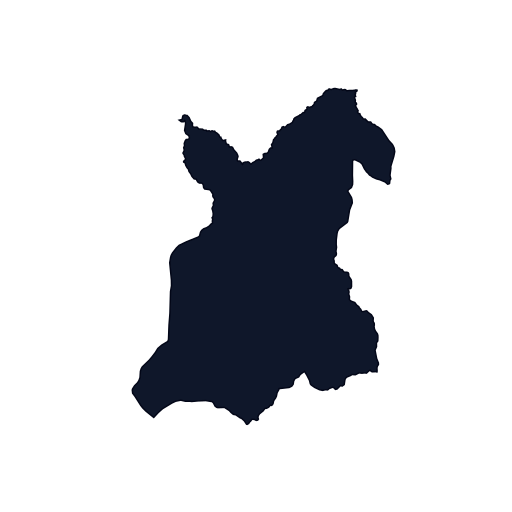 outline of Bobonaro, Bobonaro, East Timor, rotated 333°
{"feature_id": "22284137B12808122576881", "entity_name": "Bobonaro", "entity_type": "district", "adm_level": 2, "iso_a3": "TLS", "parent_name": "East Timor", "parent_adm1": "Bobonaro", "projection": "robinson", "projection_center": [125.346, -9.042], "detail": "fine", "context": "isolated", "style": "filled", "palette": "ink", "viewbox_px": 512, "rotation_deg": 333, "n_neighbors": 0, "source": "geoboundaries", "source_scale": "gbopen_adm2", "svg_char_len": 6141}
<svg xmlns="http://www.w3.org/2000/svg" viewBox="0 0 512 512"><g transform="rotate(333 256 256)"><path d="M420.2,153.3L419.1,153.2L418.8,152.9L417.4,152.5L414.3,150.9L411.9,150.0L411.2,148.4L410.3,147.8L408.3,147.4L407.8,145.9L406.1,145.6L402.6,142.7L401.5,142.2L398.5,141.8L397.1,140.4L396.2,140.4L395.1,141.1L393.9,140.5L392.9,140.7L389.8,141.9L388.9,142.9L387.9,143.4L382.4,143.4L380.4,145.5L378.0,145.7L377.5,146.1L377.3,146.7L375.4,147.9L374.9,147.7L373.7,148.4L372.5,148.0L371.5,148.1L369.8,146.6L368.8,146.7L368.2,148.3L365.8,148.6L365.0,149.7L364.1,150.1L363.1,149.6L360.4,150.4L359.0,150.2L358.6,150.5L353.6,150.5L351.9,151.1L351.2,152.1L350.2,152.5L349.1,153.5L345.9,153.8L343.8,153.4L340.8,154.5L339.6,153.9L339.2,153.2L337.8,153.0L335.9,154.6L335.1,154.6L333.7,155.3L332.1,154.5L331.6,154.6L330.8,155.5L330.6,157.9L328.6,158.5L327.9,159.1L326.6,159.3L325.9,159.9L324.5,160.3L322.4,162.8L320.4,163.8L319.6,167.1L318.0,166.4L316.3,167.0L314.3,168.9L312.8,169.6L310.1,168.6L308.6,168.7L307.4,171.8L306.6,172.2L304.4,172.8L303.5,172.8L303.0,172.4L302.6,171.1L301.5,171.2L299.8,170.8L297.8,171.4L295.7,171.3L293.2,171.9L292.9,171.7L292.6,170.0L291.7,168.5L290.4,168.0L289.6,168.1L289.3,167.5L288.0,167.2L286.7,167.2L286.1,168.1L285.5,168.3L284.9,164.3L284.5,163.9L282.9,163.1L282.7,162.6L282.8,161.9L283.5,160.8L285.1,159.2L285.4,158.0L285.5,155.5L284.4,151.3L284.4,148.5L283.5,147.5L281.8,146.8L282.1,144.3L280.4,142.7L281.0,139.8L281.6,138.8L278.8,138.1L278.4,136.3L278.4,134.9L278.6,134.2L277.7,133.6L277.9,131.2L276.9,128.6L275.8,127.2L276.0,126.3L275.6,125.8L274.7,125.7L274.0,124.7L273.2,124.4L272.1,124.7L271.3,123.3L268.8,122.2L268.8,121.4L266.5,120.2L266.0,118.8L262.6,116.8L262.2,114.8L261.8,114.3L260.0,113.6L258.4,112.4L258.6,110.8L259.7,108.9L259.0,106.4L259.2,102.3L258.4,99.5L257.7,99.2L256.6,98.0L255.0,97.8L254.3,98.1L252.1,100.8L249.3,100.1L250.4,102.4L252.1,103.4L253.1,103.3L253.9,102.8L254.1,103.6L253.4,106.1L249.4,111.7L249.1,115.1L250.8,118.3L250.3,120.5L249.7,121.1L248.6,121.3L246.7,120.5L245.3,121.2L243.2,123.1L242.3,125.4L240.8,126.6L240.2,128.9L239.4,129.9L237.9,130.9L237.6,131.5L237.9,133.3L237.5,134.6L237.5,137.1L237.0,138.0L234.5,138.8L234.2,139.5L235.1,140.8L234.6,143.4L234.7,146.1L235.2,147.9L234.7,150.3L235.2,153.2L235.1,156.0L235.9,159.2L237.6,160.4L237.7,163.5L238.5,165.0L239.1,165.6L240.4,166.1L241.0,166.8L241.4,168.4L240.4,171.3L240.7,173.0L244.4,175.6L245.2,176.6L245.7,181.4L244.8,182.8L244.6,183.8L245.0,186.2L244.4,187.7L241.8,189.5L241.0,191.7L239.0,193.1L238.3,193.9L238.0,196.1L237.1,198.9L235.6,201.3L234.2,202.0L234.2,203.4L233.0,205.0L232.1,207.1L230.5,207.1L227.9,208.1L224.9,208.4L221.8,208.0L219.3,208.5L217.4,209.6L214.8,212.5L213.3,212.9L200.7,211.8L192.4,211.6L188.8,212.7L183.0,215.4L180.8,216.9L179.2,218.6L176.1,222.8L169.7,239.1L167.2,244.2L163.7,248.9L153.3,268.0L147.3,277.8L140.1,290.7L138.6,292.1L131.6,292.6L126.6,293.8L122.5,296.3L117.5,298.7L113.5,300.4L104.3,303.2L102.5,304.4L100.7,306.2L97.5,311.6L95.2,313.8L92.9,315.2L88.9,316.5L85.7,318.4L84.9,319.3L83.8,322.3L84.5,326.2L85.5,336.8L86.1,339.9L87.5,344.2L91.6,353.4L97.8,351.1L103.5,349.6L114.3,348.8L118.5,348.9L123.5,350.3L127.2,353.4L131.2,355.4L132.6,356.4L138.4,358.7L145.6,362.0L150.9,365.9L151.4,367.7L151.4,371.2L152.3,373.0L153.2,373.8L159.2,376.6L162.1,381.6L162.7,383.9L163.9,386.8L165.9,388.3L168.4,393.0L169.5,394.2L170.8,397.7L171.2,401.6L171.7,402.0L173.4,401.9L174.9,401.0L176.2,400.7L178.2,399.6L180.3,400.8L181.6,402.6L183.0,403.0L184.1,402.4L184.3,401.0L185.4,399.4L187.4,398.2L192.1,397.2L194.7,395.8L196.0,396.4L197.5,396.5L198.8,396.4L200.9,395.4L201.8,396.1L203.1,396.0L204.4,395.0L205.6,393.4L206.8,392.5L208.8,391.5L210.5,390.2L212.7,387.4L215.8,385.3L216.3,384.6L225.9,388.2L228.8,388.2L230.9,387.1L232.7,384.6L234.3,383.4L235.5,382.9L239.1,383.1L241.0,381.9L242.3,381.5L246.8,380.8L247.2,385.1L247.2,391.2L246.4,394.5L246.6,395.9L248.6,399.7L251.9,404.0L254.4,406.0L257.0,406.6L259.1,407.8L261.0,407.3L264.7,407.7L265.6,408.8L266.2,410.9L267.8,411.3L272.4,409.8L273.8,411.0L276.2,410.6L279.2,406.4L280.7,405.4L282.0,405.1L286.3,405.4L287.6,405.1L290.6,406.9L294.7,406.9L297.2,408.5L299.8,409.5L301.3,410.5L304.3,409.6L305.8,409.6L306.4,411.3L307.1,412.0L310.2,413.4L311.1,414.2L311.6,413.6L313.0,410.5L314.1,409.3L315.8,408.3L316.5,406.8L316.9,402.2L319.3,393.9L322.2,391.5L323.7,388.4L324.1,387.9L325.9,387.0L327.6,384.0L328.5,382.1L328.8,380.5L328.3,377.1L328.4,374.9L329.2,372.3L330.1,371.2L330.8,369.5L330.6,368.3L330.9,366.9L332.4,364.4L332.1,360.7L330.3,357.2L329.9,355.5L329.4,354.9L326.3,354.2L325.4,353.8L325.0,353.3L325.1,351.1L324.5,349.0L324.6,347.8L323.4,345.4L322.9,342.3L320.4,339.6L319.5,337.8L319.5,337.0L320.8,334.8L321.3,331.9L322.5,330.4L322.9,329.2L322.7,327.8L322.9,327.0L323.6,327.0L324.6,327.8L325.9,327.8L326.6,327.2L327.3,326.5L329.6,321.9L330.0,320.2L329.5,316.2L330.5,313.9L330.5,312.7L329.7,311.8L327.3,310.5L326.8,309.2L326.6,307.3L325.1,306.3L324.9,304.7L324.0,304.0L323.7,302.8L324.0,301.1L322.5,298.4L322.6,297.4L323.4,295.8L323.7,293.8L325.2,292.4L327.4,291.9L328.1,291.3L328.7,290.4L329.4,288.0L331.7,284.8L332.7,282.1L334.8,278.1L338.5,272.6L340.1,270.8L342.6,269.3L352.4,267.5L353.4,266.8L360.3,257.4L365.9,252.4L367.1,249.5L367.6,247.2L367.1,239.8L368.5,238.9L372.1,238.3L374.5,236.1L376.0,233.4L378.5,227.9L385.2,215.1L386.2,214.5L387.9,215.1L391.4,219.7L392.3,222.3L392.2,227.5L392.7,231.2L393.4,232.9L393.9,235.4L394.7,236.5L395.7,238.6L398.4,242.0L401.0,244.3L404.7,248.7L405.9,251.8L407.3,252.1L408.0,251.9L409.6,249.4L411.1,248.5L412.0,244.9L416.0,239.1L416.8,237.3L424.0,229.8L427.0,226.0L428.1,222.5L428.2,219.6L428.1,218.3L426.7,213.3L425.3,200.5L423.2,196.3L422.0,194.9L421.3,192.7L419.8,191.7L419.3,190.7L419.0,188.7L416.7,187.4L415.5,183.5L413.8,182.8L413.6,180.8L413.0,179.7L412.9,177.2L413.1,176.3L412.1,175.7L411.8,174.0L412.1,173.4L412.9,173.1L412.9,170.5L412.6,168.0L413.0,167.8L412.9,166.9L414.5,166.4L414.8,165.4L414.2,164.0L415.3,162.2L415.7,159.5L416.3,158.9L417.2,159.1L417.6,157.0L418.4,156.7L418.8,155.2L420.4,155.0L421.1,154.6L421.3,154.0L420.2,153.3Z" fill="#0f172a" stroke="#020617" stroke-width="1.5"/></g></svg>